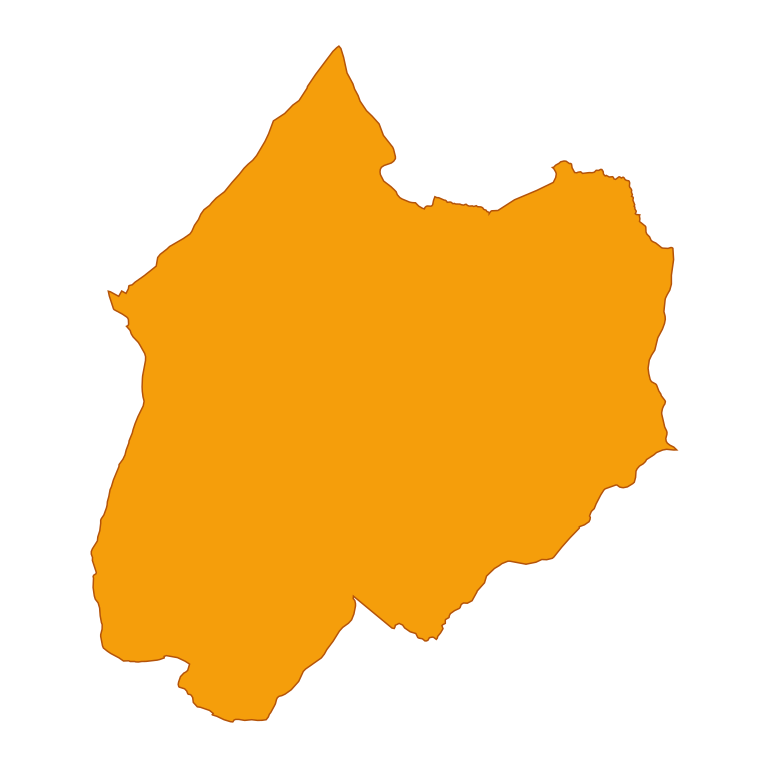 outline of Tinjacá, Boyacá, Colombia
{"feature_id": "7082276B8672665666879", "entity_name": "Tinjacá", "entity_type": "district", "adm_level": 2, "iso_a3": "COL", "parent_name": "Colombia", "parent_adm1": "Boyacá", "projection": "mercator", "projection_center": [-73.669, 5.581], "detail": "fine", "context": "isolated", "style": "filled", "palette": "amber", "viewbox_px": 768, "rotation_deg": 0, "n_neighbors": 0, "source": "geoboundaries", "source_scale": "gbopen_adm2", "svg_char_len": 6102}
<svg xmlns="http://www.w3.org/2000/svg" viewBox="0 0 768 768"><path d="M676.7,449.9L673.8,447.1L669.8,445.1L667.3,443.1L666.2,441.2L665.8,438.5L666.9,434.4L667.0,432.4L666.6,430.9L664.7,427.0L661.7,414.0L661.7,412.4L662.5,408.5L663.8,405.5L664.8,404.1L665.4,401.7L665.0,400.6L661.3,395.7L660.8,394.0L658.9,391.1L656.6,385.1L655.7,384.0L651.7,381.8L650.8,380.7L650.1,379.3L648.8,373.8L648.1,368.2L649.3,360.0L651.6,355.1L654.8,350.1L657.8,337.8L662.4,329.2L664.5,323.5L665.3,319.3L665.1,316.2L663.9,311.6L665.1,300.0L665.4,298.4L667.1,294.8L669.8,290.1L671.4,284.1L671.4,275.3L673.6,259.6L672.9,248.3L672.1,247.7L671.0,247.5L668.0,248.4L662.7,248.1L661.6,247.7L655.9,243.1L652.5,241.5L651.1,240.3L649.6,236.9L646.8,234.0L646.0,232.0L645.8,227.0L645.3,226.1L639.5,221.5L639.9,218.9L639.4,215.9L639.8,214.9L636.3,214.5L635.3,213.7L636.1,211.9L636.2,211.1L634.9,208.9L634.8,207.0L634.1,206.3L634.7,204.8L632.9,200.2L633.3,197.8L632.9,197.0L631.6,196.4L632.4,194.7L631.4,192.1L631.7,190.2L630.8,188.4L629.8,187.4L629.4,186.0L629.7,182.9L629.2,181.3L628.7,180.8L626.6,180.4L625.1,179.6L624.2,178.0L623.4,177.3L622.7,177.3L621.4,178.0L619.7,176.9L618.9,176.9L615.5,179.4L614.0,178.9L613.3,177.3L612.5,176.7L609.3,177.0L606.2,175.4L605.4,175.9L604.9,175.8L603.5,174.1L603.1,171.2L602.4,170.7L602.0,169.6L601.3,169.4L600.6,169.4L598.8,170.4L596.2,170.3L594.3,172.2L592.2,172.7L589.2,172.6L582.5,173.4L580.7,171.8L578.0,172.2L576.8,172.8L574.6,172.5L572.1,167.8L571.5,164.1L570.7,163.5L569.3,163.5L566.1,161.2L564.0,161.0L560.7,161.8L559.0,163.3L555.6,165.2L553.6,167.3L552.5,167.5L553.8,168.7L555.7,172.0L556.3,173.9L555.7,177.5L553.3,182.4L536.8,190.4L514.5,199.8L497.9,210.5L491.7,210.8L490.6,211.5L489.2,213.6L489.2,212.7L488.5,212.1L487.0,211.6L486.1,210.2L483.8,209.4L482.6,207.7L480.9,206.9L477.6,206.7L476.3,205.7L473.8,206.5L472.3,205.9L469.1,206.1L467.6,205.5L466.2,204.3L465.2,204.4L463.7,205.1L461.7,204.8L459.9,204.1L455.6,204.0L454.3,203.4L452.9,203.7L451.2,202.3L450.1,202.0L447.3,202.3L446.1,200.7L445.2,200.2L444.2,200.1L438.7,197.7L436.8,197.6L434.9,196.7L433.5,200.6L432.7,204.6L432.0,205.6L431.1,206.2L427.4,206.0L426.3,206.3L425.0,207.4L424.4,208.9L422.3,208.2L418.7,206.1L415.5,202.8L412.1,202.6L409.6,202.1L402.1,199.0L399.8,197.6L397.3,194.7L396.1,191.7L394.3,189.8L391.0,186.7L383.7,181.1L380.4,174.6L380.0,171.9L380.3,169.4L381.4,167.3L384.1,165.5L391.3,163.0L393.7,161.2L395.4,158.7L395.4,156.6L393.6,149.3L392.7,147.2L383.4,135.4L379.1,123.9L372.1,116.1L366.5,110.7L360.1,101.2L358.1,95.6L354.6,89.1L352.9,83.8L347.0,72.9L343.6,57.3L340.9,48.5L338.9,46.1L336.7,47.7L332.9,51.4L315.6,74.4L307.5,86.4L307.0,88.3L299.0,100.6L292.8,105.1L284.7,113.5L273.4,120.9L268.6,133.8L265.0,141.4L256.6,155.6L252.7,160.3L248.1,164.2L244.0,168.3L239.4,174.2L231.9,182.6L224.5,191.7L216.2,198.1L211.9,202.6L209.6,205.4L204.0,209.7L200.8,214.2L198.5,219.5L194.5,225.3L191.8,231.4L190.0,233.9L183.4,238.5L169.6,246.5L166.9,249.1L160.2,254.3L157.7,257.5L156.2,266.1L143.8,276.0L135.0,282.2L132.2,284.8L129.2,285.6L128.8,286.0L128.4,288.8L126.0,293.4L121.7,291.0L118.7,296.3L110.4,291.8L108.3,291.2L109.3,296.0L113.5,308.9L114.2,309.7L122.2,314.0L126.7,317.0L127.9,318.3L128.4,319.8L128.6,324.2L128.0,325.6L126.5,326.3L130.1,330.4L131.2,333.8L133.1,336.9L138.4,342.5L140.1,345.3L144.7,353.5L145.6,356.7L145.5,360.6L142.6,376.0L142.4,378.7L142.1,386.8L142.3,391.3L143.0,396.8L144.1,401.2L143.2,405.9L137.9,416.7L135.1,423.6L133.1,429.6L132.3,433.0L129.1,440.8L128.8,443.1L126.2,450.0L125.0,454.9L122.9,459.3L119.1,464.5L118.9,466.7L113.4,480.0L111.4,486.8L110.1,489.6L108.8,496.6L107.4,501.6L107.1,505.1L106.4,508.0L103.9,514.9L101.3,518.7L100.7,520.1L100.7,523.3L99.8,530.7L97.8,537.0L97.4,540.9L92.4,548.8L91.3,551.5L91.3,554.1L92.5,557.4L92.4,560.5L96.3,572.4L96.0,573.7L93.6,575.3L93.1,576.6L93.5,578.1L93.1,587.5L94.3,595.9L95.3,599.2L98.1,602.8L99.6,607.9L100.2,615.8L101.4,622.5L102.2,624.6L102.1,629.2L100.7,634.6L100.7,636.5L102.5,645.8L103.4,648.0L107.4,651.2L110.8,653.5L118.9,657.8L123.5,661.0L128.7,660.8L130.2,661.5L134.5,661.5L135.9,661.9L138.6,662.0L141.4,661.5L146.0,661.4L157.2,660.1L159.8,659.5L164.2,657.9L164.1,656.4L166.3,655.6L177.5,657.6L185.1,661.2L189.6,664.1L187.7,670.4L185.7,672.1L183.8,673.1L180.5,676.6L178.6,682.1L178.2,684.4L178.7,686.4L179.2,687.1L184.6,688.8L186.7,691.0L187.8,693.8L188.5,694.3L190.1,694.5L191.3,695.3L192.7,697.6L193.3,702.4L197.3,706.8L200.5,707.3L209.5,710.4L213.2,713.4L212.2,714.7L212.4,714.9L216.9,716.3L224.0,719.7L230.5,721.7L232.8,721.9L234.1,720.0L235.6,719.4L238.8,719.4L244.7,720.4L251.7,719.7L257.5,720.4L262.0,720.3L266.2,719.7L268.3,717.0L269.4,714.2L270.7,712.6L274.3,706.0L275.4,703.8L276.6,699.2L277.4,697.7L279.0,696.3L281.9,695.6L285.1,694.1L291.3,689.7L298.7,681.4L303.3,671.4L305.6,669.0L321.1,658.1L322.0,657.1L324.4,654.0L326.8,649.6L333.1,641.2L339.4,631.1L342.7,627.4L348.5,623.2L351.6,619.8L353.9,614.0L355.5,606.0L355.5,603.6L354.8,600.6L353.2,598.6L353.4,596.1L391.9,628.0L394.2,628.5L395.0,627.0L395.3,625.3L399.1,623.4L402.6,625.0L404.6,627.9L410.2,631.8L415.8,633.5L417.8,637.5L419.1,638.2L422.4,638.8L424.9,640.9L426.5,640.9L427.9,640.3L429.4,637.7L432.3,637.1L433.7,637.4L436.3,639.4L437.3,638.2L437.7,636.4L440.6,632.8L443.0,628.7L441.9,625.6L442.9,624.6L445.3,623.4L445.3,620.2L445.6,619.5L449.0,617.5L449.4,615.5L450.4,613.6L454.6,610.6L459.3,608.4L460.1,607.5L461.2,604.5L462.3,603.7L463.5,603.0L467.4,603.2L472.1,600.7L477.0,591.8L477.1,591.1L484.5,582.8L486.5,576.1L494.4,568.5L499.4,565.5L501.9,563.6L507.9,561.2L510.0,561.2L526.0,564.2L536.0,562.2L541.8,559.5L546.7,559.7L552.3,558.3L553.8,557.1L561.7,547.2L570.0,537.8L578.6,528.9L579.3,528.1L579.3,526.7L584.5,524.8L589.0,521.7L590.0,519.6L590.3,517.3L589.5,516.0L591.0,512.2L591.9,510.8L594.2,508.7L596.1,503.9L600.7,495.0L603.8,490.1L605.2,488.8L615.9,485.0L617.1,485.1L619.6,487.0L621.7,487.5L623.3,487.7L627.4,486.9L632.8,483.6L634.3,482.2L635.6,477.3L636.0,471.1L637.2,468.7L639.5,466.0L643.2,463.8L645.5,461.5L646.5,459.6L653.8,454.9L656.6,452.5L662.7,450.0L666.6,449.3L673.7,450.0L676.7,449.9Z" fill="#f59e0b" stroke="#b45309" stroke-width="1.5"/></svg>